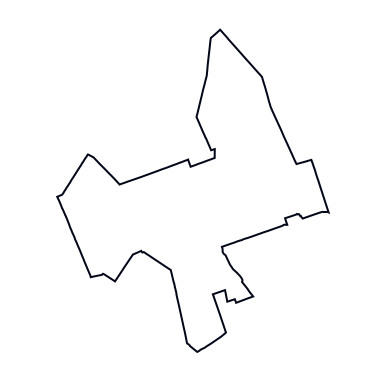 outline of Liebling, Timis, Romania, rotated 266°
{"feature_id": "2599482B87528354866966", "entity_name": "Liebling", "entity_type": "district", "adm_level": 2, "iso_a3": "ROU", "parent_name": "Romania", "parent_adm1": "Timis", "projection": "mercator", "projection_center": [21.34, 45.584], "detail": "fine", "context": "isolated", "style": "outline", "palette": "ink", "viewbox_px": 384, "rotation_deg": 266, "n_neighbors": 0, "source": "geoboundaries", "source_scale": "gbopen_adm2", "svg_char_len": 5871}
<svg xmlns="http://www.w3.org/2000/svg" viewBox="0 0 384 384"><g transform="rotate(266 192 192)"><path d="M192.0,319.4L194.9,318.7L196.9,318.1L203.6,316.5L204.8,316.3L209.4,315.0L210.7,314.7L212.6,314.2L214.3,313.7L215.7,313.3L215.3,311.3L214.8,309.0L214.1,305.8L212.6,298.2L214.3,297.5L217.9,296.1L219.3,295.6L221.3,294.9L228.3,292.3L239.7,288.0L241.4,287.3L241.7,287.3L243.3,286.7L246.5,285.6L249.0,284.7L252.4,283.4L254.4,282.6L255.6,282.2L258.4,281.1L261.4,280.0L266.5,278.1L270.8,276.6L271.3,276.4L275.1,275.6L277.1,275.1L279.7,274.6L283.5,273.9L287.2,273.1L289.7,272.6L292.9,271.9L294.9,271.4L295.8,271.2L298.5,270.6L302.1,269.8L302.3,269.5L303.6,268.6L307.4,265.6L310.7,263.0L315.7,259.2L319.9,255.9L323.9,252.8L328.2,249.5L334.2,244.9L338.2,241.8L340.7,239.8L341.4,239.3L343.2,238.1L344.4,237.2L347.6,234.7L351.9,231.4L347.5,225.8L344.7,222.0L344.5,221.6L342.4,221.1L338.2,220.3L334.8,219.7L330.5,218.9L327.3,218.3L319.1,216.8L314.9,216.1L311.6,215.6L309.2,215.2L306.9,214.8L302.4,213.3L296.6,211.4L293.8,210.4L291.9,209.8L287.3,208.4L280.1,206.1L270.9,203.2L266.5,201.7L265.3,202.2L264.4,202.5L259.6,204.2L257.8,204.8L255.8,205.5L255.3,205.7L255.0,205.8L252.9,206.5L252.3,206.7L251.3,207.1L250.2,207.5L247.9,208.4L245.8,209.1L245.4,209.3L245.0,209.4L245.0,209.5L244.7,209.7L243.5,210.1L242.3,210.5L240.6,211.1L236.9,212.4L235.2,213.0L232.3,214.0L233.2,217.7L231.7,217.6L228.2,217.3L224.4,217.0L223.9,215.3L223.4,213.7L222.1,209.0L220.9,205.1L219.8,200.9L218.6,197.1L217.4,192.8L217.3,192.4L218.5,192.1L220.4,191.5L221.8,191.1L224.6,190.4L223.9,188.2L223.3,186.1L223.0,185.2L222.4,183.2L222.2,182.6L221.7,180.6L221.4,179.9L220.9,178.2L220.3,176.0L219.9,174.7L219.6,173.6L219.3,172.7L219.1,172.0L218.5,170.0L217.6,167.1L217.6,166.7L216.8,164.0L216.5,162.8L216.0,161.3L215.3,158.8L214.8,157.2L214.5,156.1L213.9,154.1L213.0,150.8L212.4,148.9L212.2,148.3L211.9,147.0L211.6,146.0L211.1,144.3L210.8,143.4L210.2,141.1L208.9,136.3L208.1,133.3L207.9,132.6L207.8,132.3L207.5,131.0L207.1,129.6L206.7,128.1L206.4,127.0L206.0,125.7L205.2,122.7L204.6,120.5L204.5,120.3L205.9,119.2L206.6,118.7L207.0,118.3L207.9,117.6L209.2,116.6L209.9,116.0L210.5,115.5L210.9,115.2L211.4,114.8L212.1,114.2L212.7,113.7L213.2,113.3L214.7,112.0L215.8,111.0L218.3,108.9L219.2,108.2L221.5,106.2L222.2,105.6L223.7,104.3L224.6,103.5L225.3,102.9L228.1,100.5L228.9,99.9L230.0,99.0L230.8,98.3L231.3,97.9L232.0,97.3L232.5,96.9L233.1,96.5L233.4,96.2L233.5,96.1L233.6,95.9L234.5,94.5L234.8,93.9L235.1,93.5L235.6,92.7L236.1,91.9L236.4,91.4L236.6,91.0L236.7,90.8L236.7,90.7L236.4,90.5L235.9,90.1L235.4,89.7L235.0,89.5L234.6,89.2L234.2,88.9L233.8,88.5L232.6,87.6L232.1,87.2L231.9,87.1L231.3,86.6L230.9,86.4L230.5,86.1L230.1,85.8L229.5,85.4L229.0,84.9L228.3,84.3L227.7,83.9L227.3,83.7L226.9,83.5L226.6,83.3L226.4,83.2L226.2,83.0L225.9,82.7L225.4,82.3L224.4,81.6L223.0,80.5L222.3,80.0L221.5,79.4L219.6,78.0L218.4,77.1L217.8,76.7L214.6,74.3L213.6,73.6L213.0,73.1L212.2,72.5L211.5,72.0L210.7,71.5L210.5,71.3L210.2,71.1L209.6,70.8L209.5,70.7L209.2,70.4L208.6,69.9L208.3,69.7L207.6,69.2L206.4,68.3L206.0,68.0L205.9,67.9L205.6,67.6L205.3,67.4L204.3,66.7L203.7,66.3L203.0,65.7L202.1,65.1L201.6,64.7L200.2,63.8L199.6,63.3L198.9,62.8L198.4,62.4L197.9,61.0L197.6,60.2L196.7,57.5L196.6,57.2L195.8,57.5L195.0,57.8L194.1,58.2L193.7,58.4L193.4,58.5L193.1,58.6L192.6,58.8L192.0,59.0L190.6,59.5L189.9,59.7L189.3,59.9L188.0,60.4L187.1,60.7L186.4,60.8L186.2,60.9L185.5,61.1L184.8,61.3L184.7,61.4L184.2,61.6L183.9,61.8L182.4,62.3L182.0,62.5L181.6,62.6L181.1,62.8L180.8,62.9L180.3,63.1L179.9,63.2L179.4,63.4L178.8,63.6L178.1,63.8L177.8,64.0L177.4,64.1L177.1,64.3L176.9,64.3L176.7,64.4L176.5,64.5L176.2,64.6L175.8,64.7L175.1,65.0L174.7,65.1L173.5,65.5L170.3,66.5L168.4,67.1L166.4,67.6L165.3,67.9L164.9,68.1L163.4,68.6L163.1,68.8L162.3,69.0L161.0,69.4L160.5,69.6L159.9,69.7L159.6,69.9L158.9,70.1L158.5,70.3L158.2,70.4L157.4,70.7L156.7,71.0L156.0,71.2L155.2,71.6L154.6,71.7L154.0,71.8L153.2,72.0L152.6,72.2L152.0,72.4L151.5,72.6L150.9,72.9L150.5,73.0L149.2,73.5L147.0,74.2L144.4,75.1L143.1,75.6L140.4,76.5L139.4,76.8L137.4,77.5L135.7,78.0L133.5,78.8L132.3,79.2L130.2,79.8L128.8,80.3L126.7,81.0L125.3,81.5L123.4,82.1L122.0,82.6L115.7,84.8L114.3,85.1L114.1,85.1L114.9,90.6L115.5,95.4L115.6,96.1L115.7,96.5L115.9,96.7L116.6,97.3L116.5,97.9L115.9,98.8L108.3,108.9L108.2,109.0L117.2,115.9L121.7,119.3L129.0,125.0L133.7,128.7L136.8,137.3L135.2,138.1L135.1,138.4L135.4,139.8L128.8,148.3L115.6,165.4L102.9,167.5L102.4,167.8L98.5,168.3L92.0,169.4L91.4,169.3L87.6,169.8L80.0,171.0L70.5,172.4L57.5,174.3L51.7,175.2L41.3,176.5L40.7,177.4L40.2,178.0L39.5,178.7L38.7,179.2L38.3,179.4L36.3,181.6L34.5,183.5L32.1,186.1L32.5,187.0L33.2,188.4L34.3,190.0L35.1,192.1L35.7,193.7L36.9,195.6L39.9,201.2L40.6,202.3L45.8,211.2L49.4,216.1L51.9,215.4L60.5,213.2L65.9,211.8L75.6,209.2L88.5,205.7L91.8,218.1L80.1,219.6L81.7,225.8L82.1,227.2L78.4,228.3L81.1,237.3L82.0,240.3L83.5,245.7L89.5,241.7L89.8,241.5L90.4,241.3L92.0,240.3L98.8,235.6L100.1,236.2L100.6,236.2L101.8,235.8L102.6,235.4L104.5,234.3L108.4,231.1L111.8,227.9L112.5,227.3L114.8,226.1L116.5,225.0L123.1,222.4L126.5,221.1L127.2,220.4L127.8,219.6L128.7,219.0L130.0,218.4L131.6,218.5L132.7,218.5L133.4,218.5L134.2,218.3L135.2,218.0L137.4,226.1L138.4,230.0L139.9,234.9L140.5,237.9L140.5,238.3L140.9,239.0L141.3,240.3L141.6,241.4L141.9,242.3L142.0,243.3L143.2,247.9L146.5,259.7L147.3,262.6L147.6,264.1L149.6,271.2L151.1,276.8L152.1,280.2L152.8,281.1L152.9,282.3L152.6,284.3L152.6,284.7L159.3,283.0L159.9,285.2L160.6,288.1L161.8,292.7L162.2,294.2L162.8,295.1L162.5,295.4L162.3,295.8L162.5,296.7L162.2,297.5L161.6,297.7L161.2,297.8L160.9,297.9L160.6,298.2L160.4,299.0L160.0,299.2L159.5,299.3L159.0,299.6L158.6,300.1L158.2,300.4L157.8,300.6L160.8,311.5L162.4,317.6L163.1,320.7L163.0,321.4L162.9,321.7L162.8,323.1L162.6,326.1L162.2,326.8L192.0,319.4Z" fill="none" stroke="#020617" stroke-width="2"/></g></svg>